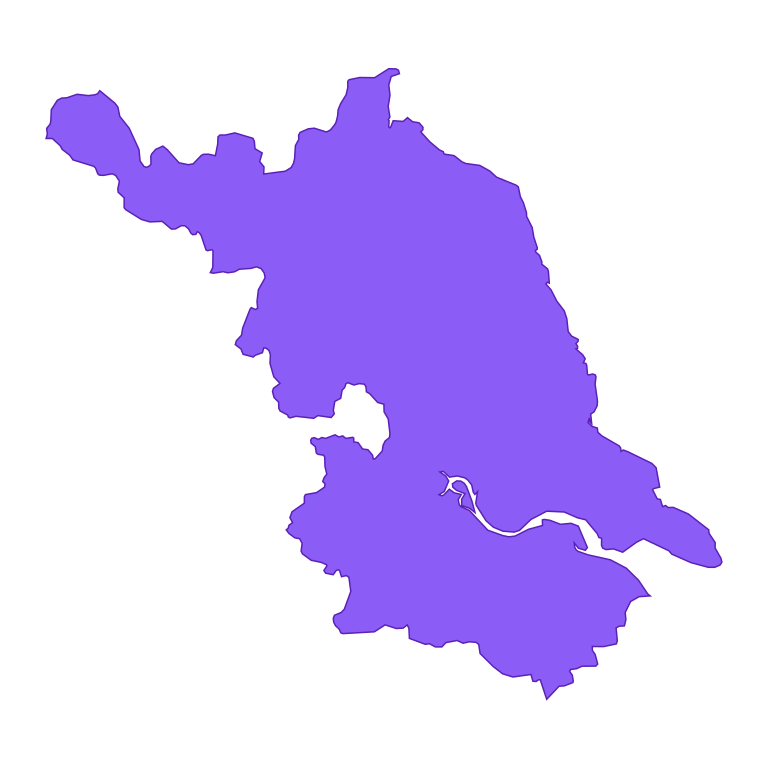 Jiangsu, Mercator projection
{"feature_id": "CHN-1818", "entity_name": "Jiangsu", "entity_type": "Province", "adm_level": 1, "iso_a3": "CHN", "parent_name": "China", "parent_adm1": "", "projection": "mercator", "projection_center": [119.061, 32.938], "detail": "fine", "context": "isolated", "style": "filled", "palette": "violet", "viewbox_px": 768, "rotation_deg": 0, "n_neighbors": 0, "source": "natural_earth", "source_scale": "10m", "svg_char_len": 6089}
<svg xmlns="http://www.w3.org/2000/svg" viewBox="0 0 768 768"><path d="M399.4,73.7L391.2,76.5L388.8,85.0L390.0,95.2L388.2,106.4L389.9,117.0L388.3,119.7L389.1,120.7L388.7,126.9L390.0,127.8L390.8,126.8L393.2,120.7L403.2,121.4L407.5,117.6L412.5,121.7L419.1,122.8L423.0,127.3L422.8,129.9L420.8,131.9L430.0,142.0L439.4,149.9L443.3,151.7L444.1,154.1L454.0,155.6L462.1,161.9L465.8,163.5L479.7,165.4L489.8,171.0L496.6,177.2L516.2,185.2L518.3,186.9L520.4,196.8L523.4,202.7L526.5,212.7L526.6,216.4L532.2,227.5L533.8,237.1L537.3,247.8L537.2,249.3L535.5,250.5L535.6,251.9L539.5,255.4L541.9,261.9L541.7,264.1L547.6,268.9L548.4,271.5L549.3,283.1L547.2,282.3L545.9,284.0L551.0,289.8L556.8,301.1L564.2,310.8L566.8,318.6L568.2,331.5L571.6,336.1L578.3,339.5L578.0,341.5L575.9,343.5L577.6,346.2L577.5,348.4L575.9,348.9L582.6,354.7L585.2,358.7L583.4,362.9L585.9,363.4L586.7,365.3L587.5,374.3L588.5,375.0L592.6,374.0L595.3,374.9L596.0,376.7L595.1,384.1L597.5,401.3L597.1,405.9L594.1,411.8L590.7,414.1L591.7,423.7L589.6,421.6L590.1,419.6L589.2,418.6L588.0,422.5L592.1,426.4L597.3,428.0L597.9,432.3L601.9,435.9L619.2,445.9L620.7,448.0L621.0,451.4L623.3,450.0L627.8,451.7L651.8,463.4L656.1,467.7L659.7,487.1L653.3,488.7L652.6,489.7L657.2,498.8L660.4,499.5L662.6,506.6L665.6,505.5L668.1,507.5L673.3,507.4L688.4,514.0L708.7,529.8L709.1,533.4L715.2,542.6L715.1,548.0L720.9,558.2L721.9,562.2L720.0,565.1L714.8,567.3L708.2,567.3L690.9,562.6L671.7,554.1L668.9,550.8L643.5,538.7L636.4,542.3L622.7,552.2L613.5,548.9L606.0,549.6L602.7,548.1L601.5,545.3L601.6,538.4L598.9,537.5L597.2,533.6L585.7,519.8L577.5,517.8L564.2,512.0L546.7,511.2L531.0,519.4L519.5,530.4L514.2,532.1L503.0,531.2L493.4,527.2L486.0,520.7L476.3,505.3L475.8,503.1L477.5,491.8L474.9,494.5L473.3,492.3L471.7,484.9L467.8,480.0L464.9,477.9L457.5,476.0L449.5,477.1L443.3,471.4L439.9,472.0L445.7,476.0L448.7,481.0L444.3,491.5L439.0,494.7L441.7,495.8L443.8,495.0L449.3,489.2L454.2,492.8L461.3,494.5L458.2,499.7L459.3,504.8L460.8,506.6L469.4,510.5L487.8,530.2L502.9,535.6L508.7,536.8L515.0,536.1L528.5,529.3L542.5,525.5L542.4,519.9L544.1,519.4L550.0,520.3L560.5,524.3L571.0,523.3L578.3,526.1L587.4,547.6L585.3,550.3L578.4,548.2L574.3,542.9L574.7,547.1L576.0,549.7L578.1,551.4L588.2,554.9L610.4,559.8L626.3,568.2L638.5,580.2L647.7,593.9L650.2,595.9L639.0,596.7L630.6,601.5L625.2,612.5L625.9,619.7L624.4,625.9L619.2,626.2L616.1,627.9L617.3,640.7L616.4,643.9L603.6,646.6L592.3,646.5L592.4,650.5L595.2,654.5L597.7,664.1L595.8,666.1L582.1,666.2L576.5,668.7L570.5,669.5L569.7,671.5L572.3,675.1L573.3,681.2L572.8,682.6L564.2,685.9L559.1,686.2L546.7,699.3L540.3,679.8L538.5,679.8L536.1,681.5L532.9,681.2L531.0,674.5L513.0,677.0L502.6,673.8L493.2,666.5L480.1,653.5L478.7,644.4L476.0,642.3L469.2,641.8L463.1,643.2L457.1,640.5L445.9,642.6L441.9,646.9L435.3,646.9L429.4,643.7L425.3,644.3L409.4,638.4L408.9,628.2L407.2,624.9L403.2,628.1L396.3,628.5L385.1,624.9L374.4,631.8L342.9,633.6L340.9,632.9L339.1,629.0L335.6,625.8L333.7,622.2L333.3,618.3L334.4,615.3L341.3,612.4L344.3,609.2L350.8,591.4L348.9,577.3L346.3,575.6L341.5,576.7L339.6,570.7L338.2,569.7L336.2,570.5L333.2,574.7L325.6,573.2L323.9,570.5L326.9,565.9L326.4,564.6L321.2,562.4L311.2,560.3L302.5,553.9L301.1,551.1L302.1,543.3L299.6,538.7L295.0,537.9L289.2,533.7L286.2,529.9L288.2,528.2L289.0,525.2L292.6,522.6L289.9,517.7L292.0,511.8L304.3,503.2L304.4,496.7L305.4,494.6L316.5,492.6L324.6,487.1L325.0,483.8L322.7,481.5L324.1,477.6L326.8,474.2L325.0,466.6L324.7,457.0L323.5,455.2L318.0,454.3L316.3,453.0L315.3,446.6L311.1,443.2L310.7,440.3L311.6,438.4L314.2,437.6L318.4,439.4L321.8,437.5L325.6,438.4L335.1,434.8L338.9,437.0L342.7,435.9L345.8,438.4L352.8,437.3L353.7,438.1L353.8,441.9L358.1,442.6L362.6,449.0L367.9,449.7L372.5,455.1L373.3,459.0L375.1,458.8L382.2,451.1L383.1,445.2L385.1,441.1L389.5,437.5L389.9,433.2L388.2,418.9L384.1,411.9L383.9,404.2L377.7,402.5L369.6,393.6L366.4,391.8L366.0,386.9L364.4,384.2L359.3,383.6L353.9,385.0L347.9,382.7L346.0,383.7L344.6,387.6L342.1,390.2L340.7,398.3L334.8,401.4L333.3,410.4L334.3,413.9L331.2,417.5L317.9,415.6L313.7,418.3L296.0,416.3L290.0,417.9L288.3,417.0L287.7,415.0L280.1,411.0L278.8,408.3L278.6,402.2L274.1,397.6L272.5,391.6L273.4,388.4L280.0,383.4L273.8,376.8L270.0,363.5L270.4,354.8L269.0,350.5L266.2,348.2L263.8,347.9L262.4,352.7L255.1,355.3L253.4,357.0L243.1,354.3L241.0,349.0L235.3,344.6L236.4,340.7L241.5,335.2L242.7,328.0L250.0,309.3L251.3,307.6L255.4,309.5L257.6,308.2L257.0,301.5L258.4,289.7L265.1,277.8L264.2,273.0L261.1,268.6L256.3,266.8L251.1,268.4L239.4,269.2L234.5,271.8L227.9,272.8L223.1,271.7L213.4,273.2L210.3,272.6L212.8,267.4L213.0,251.0L212.0,249.7L207.5,250.7L206.0,249.9L201.1,235.3L199.1,232.6L197.2,231.7L195.9,234.3L192.8,234.7L190.9,233.2L188.5,228.8L184.9,225.8L181.3,225.7L175.5,228.9L171.4,229.1L162.2,221.4L149.8,221.9L141.3,219.4L126.0,209.9L124.1,207.7L124.2,197.8L118.2,192.3L117.8,189.0L119.4,181.1L115.7,175.5L112.3,173.8L103.3,175.4L99.3,175.1L97.8,173.9L95.5,167.9L93.8,166.3L73.0,159.9L69.7,155.2L62.2,149.4L60.2,145.7L52.3,138.5L46.1,138.5L47.3,134.2L46.7,128.3L50.1,124.2L50.8,121.0L51.3,109.7L57.4,100.2L61.6,98.1L66.8,97.8L77.1,94.3L88.4,95.6L94.8,94.8L97.5,93.8L99.8,90.7L114.7,103.0L117.9,107.1L119.8,116.4L129.2,128.2L139.0,149.6L140.1,161.0L144.0,166.5L146.7,167.3L149.7,165.8L151.0,163.8L150.8,156.6L151.6,154.1L155.7,149.4L162.9,146.1L167.3,149.7L179.0,162.8L188.4,164.7L193.2,163.8L201.4,155.3L203.6,154.3L208.7,154.2L215.4,155.7L217.7,144.0L218.0,136.8L220.0,135.0L225.5,135.0L234.8,132.9L252.9,138.3L254.3,141.1L255.0,148.7L262.2,153.0L259.7,161.5L264.0,166.9L263.7,174.0L285.3,171.2L291.2,167.5L293.5,163.3L294.6,158.6L295.4,145.6L298.8,139.3L298.6,135.2L300.1,132.4L308.3,128.8L314.3,128.2L326.4,132.0L330.4,130.0L334.4,125.1L336.0,122.4L337.6,116.0L338.1,109.8L340.7,103.5L346.1,94.8L347.8,87.5L347.8,81.3L349.1,79.7L359.7,77.5L374.6,77.7L388.8,68.7L396.1,68.9L398.5,70.3L399.4,73.7ZM471.8,500.7L475.0,512.5L469.8,508.4L461.7,505.5L461.6,499.3L465.0,493.7L456.5,490.3L452.8,487.2L452.4,483.8L456.7,480.9L460.9,481.1L464.4,483.4L466.6,486.8L471.8,500.7Z" fill="#8b5cf6" stroke="#5b21b6" stroke-width="1.5"/></svg>